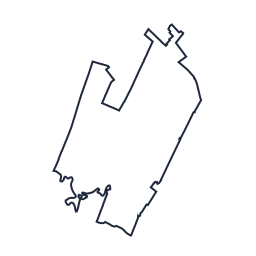 the district of Barcanesti, Ialomita, Romania, rotated 185°
{"feature_id": "2599482B37861842426692", "entity_name": "Barcanesti", "entity_type": "district", "adm_level": 2, "iso_a3": "ROU", "parent_name": "Romania", "parent_adm1": "Ialomita", "projection": "albers", "projection_center": [26.664, 44.608], "detail": "fine", "context": "isolated", "style": "outline", "palette": "slate", "viewbox_px": 256, "rotation_deg": 185, "n_neighbors": 0, "source": "geoboundaries", "source_scale": "gbopen_adm2", "svg_char_len": 5604}
<svg xmlns="http://www.w3.org/2000/svg" viewBox="0 0 256 256"><g transform="rotate(185 128 128)"><path d="M169.0,191.1L171.2,181.4L171.7,179.3L177.4,157.2L180.5,142.9L181.0,140.1L184.6,123.5L187.0,115.2L192.0,99.0L192.2,98.8L194.0,92.7L194.5,90.8L194.5,90.5L194.4,90.3L195.7,86.6L196.5,84.0L197.5,81.5L198.4,78.8L197.3,78.8L196.3,78.6L195.8,78.5L194.7,77.9L191.5,76.0L191.1,75.6L190.5,74.3L190.4,73.6L190.4,72.8L190.6,71.7L190.7,70.9L191.0,70.1L190.8,69.5L190.5,69.2L190.1,68.9L189.6,68.9L188.9,69.2L188.5,69.6L188.2,70.0L187.9,70.3L187.5,71.1L187.4,71.9L187.4,72.4L187.2,73.0L187.0,73.5L186.4,74.0L185.9,74.0L185.5,73.8L184.9,73.3L184.1,72.7L183.4,72.5L182.7,72.6L182.2,73.0L181.8,73.3L181.3,73.8L180.9,73.9L180.5,73.9L179.8,73.9L179.4,73.6L179.2,73.3L179.0,72.9L178.8,72.3L178.7,71.4L178.8,70.7L179.5,68.8L179.7,68.2L179.8,67.4L179.8,66.7L179.7,66.1L179.5,65.0L178.5,62.2L178.2,61.7L177.9,61.1L177.6,60.5L176.9,59.4L175.6,57.8L174.7,56.8L174.2,56.1L174.1,55.5L174.1,55.2L174.3,54.7L174.9,54.1L175.3,53.9L176.0,53.6L178.1,53.5L179.0,53.4L179.9,53.1L181.0,52.6L181.5,52.3L181.9,51.7L182.6,51.1L183.3,50.8L183.7,50.5L183.7,50.2L183.8,49.8L183.8,49.5L183.7,49.1L183.4,48.6L182.6,47.4L182.2,46.9L181.8,46.4L181.5,46.2L180.4,46.3L180.1,46.4L179.8,46.7L179.3,47.4L179.0,47.9L178.6,48.4L178.0,48.7L177.5,48.8L177.0,48.7L176.4,48.4L175.6,47.8L174.8,46.6L174.4,45.7L174.1,44.9L173.7,43.6L173.3,42.2L173.1,41.4L172.4,40.2L172.0,40.5L171.8,40.5L171.1,43.0L170.5,45.8L170.7,46.1L170.4,47.4L170.0,50.4L169.8,51.3L169.6,52.1L169.8,52.9L170.0,53.4L170.4,54.1L171.1,54.9L171.5,55.3L171.1,57.1L170.8,56.9L168.9,56.8L168.4,56.7L168.0,56.3L168.0,55.8L168.5,54.9L168.6,54.5L168.6,54.1L168.4,53.6L168.2,53.4L167.8,53.2L167.4,53.1L167.0,53.1L166.6,53.2L166.2,53.3L165.9,53.5L165.3,53.9L164.5,54.7L164.4,54.8L163.6,55.0L163.3,55.2L163.2,55.3L163.1,55.5L162.9,55.9L162.8,56.1L162.9,56.3L162.9,56.5L163.1,56.6L163.2,56.8L163.5,56.9L165.6,57.4L166.5,57.8L166.9,58.1L167.3,58.5L167.7,58.9L168.0,59.2L168.0,59.4L167.9,59.5L167.2,59.8L165.4,59.3L164.3,59.1L163.1,59.1L162.5,59.2L161.5,59.5L158.5,60.5L158.1,60.7L157.9,60.9L156.7,61.5L156.4,62.0L155.9,62.4L154.8,63.4L154.4,63.8L154.1,64.2L153.3,64.9L152.8,65.1L152.4,65.1L152.1,65.1L151.8,64.8L151.6,64.5L151.4,64.3L151.3,64.0L151.4,63.7L151.5,63.4L151.9,63.0L152.6,62.4L152.8,62.0L152.8,61.7L152.7,61.4L152.6,61.1L152.3,61.0L151.1,60.7L150.4,60.5L150.0,60.3L149.4,59.7L148.8,59.1L148.4,58.7L148.2,58.6L147.7,58.4L147.4,58.4L147.1,58.4L146.9,58.6L146.5,59.0L146.1,59.7L145.7,60.4L145.5,60.9L145.0,63.2L145.0,63.9L144.9,64.2L144.8,64.7L144.7,65.0L144.7,65.3L144.6,65.5L144.4,65.8L144.4,66.0L144.1,66.9L144.0,67.1L143.6,67.6L143.3,68.0L142.9,68.5L142.3,69.0L142.0,69.1L141.6,69.2L141.3,69.1L141.1,69.0L140.9,68.7L140.8,68.4L140.7,67.5L140.4,66.4L140.4,65.9L140.4,65.4L142.6,64.6L143.0,64.4L143.3,64.2L143.6,63.7L143.6,63.3L143.7,62.6L143.6,62.1L143.5,61.8L143.0,60.8L143.4,59.4L144.7,54.8L145.3,52.6L146.2,49.2L146.2,48.9L147.2,45.5L147.5,44.5L147.7,44.0L149.4,37.6L150.0,35.5L150.5,33.7L151.1,32.0L150.3,31.7L149.4,31.3L148.9,31.2L147.0,31.0L146.2,30.9L145.3,30.9L144.8,31.0L144.2,31.2L143.5,31.5L143.1,31.8L142.6,32.4L140.0,31.3L138.5,30.8L136.0,29.4L135.4,29.2L134.6,28.9L133.1,28.7L132.6,28.7L131.8,29.1L131.1,29.5L129.9,29.1L126.8,27.9L125.2,27.3L123.3,25.9L122.5,25.3L121.8,24.6L121.1,24.0L120.6,23.5L120.4,23.4L120.1,23.2L119.8,23.1L119.5,22.9L118.9,22.5L115.8,21.1L115.6,21.3L115.4,21.6L114.8,24.0L112.6,31.0L111.3,35.6L110.4,38.6L110.3,39.0L110.2,39.8L110.2,40.0L110.2,40.4L110.2,41.4L110.0,41.2L109.8,41.1L109.5,41.0L109.3,40.9L109.1,41.0L108.9,41.2L108.6,41.5L108.3,42.1L108.3,42.4L108.2,43.1L108.2,44.0L108.0,44.4L107.9,44.6L107.7,44.8L107.1,45.0L102.9,53.4L101.5,53.0L101.3,53.4L99.0,57.9L95.2,65.4L94.3,67.1L98.8,70.0L100.1,70.8L99.5,71.7L99.2,72.3L98.7,73.1L97.3,75.5L97.1,75.4L96.1,76.8L95.5,76.7L95.0,76.3L94.9,76.3L94.5,76.7L94.4,76.7L94.2,75.9L94.0,75.1L93.9,75.0L93.8,74.9L93.7,74.9L92.3,75.8L90.4,78.9L90.4,79.0L90.7,79.1L90.5,79.7L81.7,103.3L81.3,104.3L81.2,104.6L75.0,121.0L76.0,121.5L75.5,122.6L74.7,122.3L72.4,128.1L72.1,128.6L65.3,146.2L64.1,149.4L63.9,149.5L63.2,149.5L62.9,149.5L62.9,150.4L62.9,150.5L57.6,162.2L58.3,163.6L58.8,164.9L62.3,175.4L63.1,177.7L64.3,180.5L64.6,180.8L65.4,182.5L66.2,183.0L66.0,183.3L67.0,184.8L67.6,185.5L73.2,190.7L75.0,192.1L83.3,198.0L80.1,200.8L76.3,204.1L80.1,208.5L87.7,217.0L83.4,223.8L81.2,226.9L81.2,227.2L83.7,229.0L84.6,228.3L85.5,227.7L92.9,234.4L93.4,234.9L95.0,233.6L95.1,233.4L96.4,230.0L96.3,229.8L94.5,228.2L94.3,227.9L94.3,227.7L94.3,227.4L94.9,226.6L91.3,223.4L91.6,222.9L94.7,219.9L94.7,219.7L94.0,219.1L96.9,215.3L96.3,214.7L97.4,213.2L100.6,215.5L104.4,218.7L106.1,220.0L111.2,224.2L114.4,226.7L115.2,227.4L116.3,228.3L119.4,222.4L111.5,216.7L110.9,216.2L111.1,215.9L111.4,215.1L112.9,210.9L114.4,206.7L115.1,205.1L115.1,204.6L115.9,202.3L116.9,199.8L117.6,197.8L117.8,197.3L118.0,197.1L117.9,196.7L118.0,196.4L118.2,195.8L118.5,194.9L118.9,194.2L119.2,193.8L119.1,193.5L122.5,184.4L123.1,182.6L123.8,180.5L125.5,175.9L126.5,173.0L126.5,172.9L127.5,170.3L128.0,168.7L128.4,167.8L129.2,165.4L129.3,165.3L130.1,163.6L131.0,161.3L131.3,160.4L132.0,158.8L132.2,158.1L133.6,155.0L133.7,154.7L133.7,154.4L133.7,154.2L134.4,153.3L135.0,152.0L137.6,146.5L138.4,144.6L141.4,145.7L156.0,150.5L153.8,157.1L153.7,157.7L153.5,158.4L152.6,160.7L151.3,164.8L151.0,165.7L150.3,167.7L148.8,172.1L148.2,172.8L146.1,174.8L147.9,176.7L148.1,176.7L149.6,178.5L154.9,184.3L152.2,186.8L152.5,187.5L153.0,187.9L153.2,188.0L159.4,189.3L159.8,189.3L164.4,190.2L169.0,191.1Z" fill="none" stroke="#1e293b" stroke-width="2"/></g></svg>